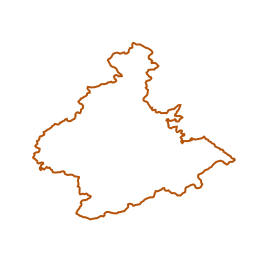 Juiz de Fora, Minas Gerais, Brazil (Equal Earth projection), rotated 259°
{"feature_id": "56859067B63389678931345", "entity_name": "Juiz de Fora", "entity_type": "district", "adm_level": 2, "iso_a3": "BRA", "parent_name": "Brazil", "parent_adm1": "Minas Gerais", "projection": "equal_earth", "projection_center": [-43.444, -21.76], "detail": "fine", "context": "isolated", "style": "outline", "palette": "amber", "viewbox_px": 256, "rotation_deg": 259, "n_neighbors": 0, "source": "geoboundaries", "source_scale": "gbopen_adm2", "svg_char_len": 5788}
<svg xmlns="http://www.w3.org/2000/svg" viewBox="0 0 256 256"><g transform="rotate(259 128 128)"><path d="M140.5,183.8L140.8,181.9L139.0,178.5L137.9,177.0L137.9,175.3L138.0,174.0L137.6,171.0L135.9,169.7L135.1,168.7L135.6,167.7L136.3,163.3L137.5,162.4L137.9,161.1L137.5,159.9L137.9,158.8L138.7,158.2L140.5,158.5L140.9,157.1L140.8,155.4L142.1,154.9L143.3,155.5L143.6,154.0L144.6,153.8L148.2,152.3L149.4,152.1L150.3,151.2L150.8,149.9L151.8,148.8L152.9,148.5L154.0,149.0L155.0,150.1L155.8,151.6L157.0,153.3L161.5,154.9L162.8,153.8L164.1,153.1L164.9,154.2L166.0,154.5L167.0,154.2L168.1,154.4L169.1,154.0L170.3,154.8L170.8,156.7L170.7,158.3L172.1,160.4L173.4,160.3L174.3,158.6L175.6,158.1L176.7,157.3L177.8,156.9L178.8,156.7L179.4,157.9L180.2,158.7L181.2,159.3L180.8,162.9L180.3,164.9L181.2,165.7L181.6,167.4L182.2,168.6L183.1,169.7L185.8,168.0L186.8,166.9L187.2,163.7L188.4,163.7L189.2,164.6L190.4,163.9L191.3,162.9L191.8,161.9L193.1,161.7L194.4,162.1L195.4,163.3L196.5,165.9L197.8,166.5L199.8,165.5L202.1,163.2L203.6,160.5L207.7,155.9L208.0,154.5L208.1,152.9L208.7,151.7L209.9,150.6L210.6,149.5L209.9,148.4L208.8,148.1L206.1,147.6L205.9,146.3L206.1,145.2L203.8,143.5L202.5,143.2L201.7,141.9L201.3,140.6L201.7,139.2L202.9,138.7L203.0,137.3L202.6,135.9L202.4,134.3L203.5,132.9L204.0,131.7L204.1,130.3L203.7,127.9L202.9,126.9L201.1,125.5L199.7,123.8L199.5,122.4L198.5,121.2L192.1,123.1L190.6,125.2L190.0,126.4L189.1,127.3L187.9,128.1L185.0,128.7L183.9,129.5L181.4,131.7L180.1,131.8L180.6,128.4L181.4,127.9L182.2,126.9L182.1,124.9L181.2,124.1L178.9,124.3L177.6,125.4L176.5,125.4L175.9,124.5L175.5,123.1L175.6,121.4L176.7,120.3L176.4,118.7L176.5,116.8L175.6,115.4L175.6,113.7L175.8,111.9L176.1,110.0L174.7,107.3L174.7,105.9L174.4,102.6L174.9,99.6L176.0,96.4L174.5,95.7L173.2,96.2L172.4,96.9L171.1,97.5L169.9,97.1L170.1,95.6L169.6,94.4L168.1,93.9L167.3,92.5L166.9,90.6L165.8,88.5L165.9,87.2L164.8,86.6L164.3,85.5L163.3,84.3L161.2,85.4L160.3,87.0L159.3,87.8L157.9,88.0L156.2,87.6L155.0,85.4L153.5,85.0L152.4,84.4L151.7,83.6L152.2,82.5L153.1,81.6L152.7,80.1L151.8,79.2L150.9,78.8L149.9,78.9L148.1,78.0L147.1,77.0L146.8,75.3L145.7,72.8L146.0,71.0L147.1,69.7L148.6,69.7L148.4,68.0L147.2,66.6L147.0,64.9L146.3,63.8L146.3,62.3L145.4,61.9L144.7,60.0L146.0,57.0L144.9,55.7L144.4,54.1L143.4,53.2L142.0,50.2L141.6,48.3L140.7,46.9L140.1,44.4L139.1,44.4L138.1,44.8L137.3,44.3L137.0,42.9L136.5,41.9L136.5,40.2L135.4,39.1L134.0,38.9L132.9,37.8L132.5,36.1L131.2,36.2L129.7,36.0L129.1,34.8L127.9,33.5L126.6,34.3L124.5,37.3L123.1,36.9L121.8,36.1L121.3,35.1L121.6,33.6L121.3,31.9L120.6,30.9L119.4,31.2L118.2,30.4L117.6,29.4L116.7,29.3L115.9,30.0L115.2,31.1L114.3,31.4L113.3,32.4L112.0,32.5L111.1,32.4L110.3,33.3L110.5,35.1L110.6,36.6L110.2,37.9L109.1,38.0L108.5,36.3L107.8,35.3L106.8,35.0L106.0,34.1L104.5,33.6L103.4,34.5L104.0,35.6L105.0,35.9L104.2,37.0L103.3,37.8L105.2,40.8L104.0,41.9L104.1,43.5L102.0,44.3L101.2,45.5L99.9,45.5L98.7,46.0L98.0,48.8L97.9,51.2L97.5,53.0L98.0,54.6L97.8,56.5L96.9,57.3L96.0,57.1L94.9,57.5L93.9,58.7L93.4,60.2L93.1,63.3L92.6,64.5L91.8,65.5L90.7,66.3L90.4,67.6L89.2,70.5L88.1,70.2L87.5,69.5L86.3,68.9L82.1,68.7L80.3,67.5L79.3,68.8L77.8,69.1L76.3,68.5L75.0,68.4L74.0,68.0L72.1,68.3L71.9,69.4L72.1,71.1L71.3,72.5L71.6,74.6L70.8,75.6L69.8,75.7L69.1,76.9L68.6,78.1L67.7,78.3L66.6,77.0L66.2,75.0L65.5,73.9L65.4,72.3L65.6,71.1L65.6,69.5L64.6,67.9L63.5,67.3L62.6,67.9L61.3,67.5L60.3,66.9L59.8,65.8L58.5,65.1L56.9,63.0L54.9,61.4L53.9,61.0L51.8,63.4L50.9,64.1L50.4,65.4L48.9,67.1L48.8,68.4L47.5,70.8L45.6,73.4L45.6,78.4L45.4,80.8L46.2,82.5L46.7,84.3L46.5,85.9L45.9,87.1L46.9,88.4L48.3,88.5L49.1,89.4L49.6,90.9L49.4,92.7L48.1,95.2L46.8,98.3L46.3,101.1L47.3,102.5L46.8,103.7L47.2,106.6L47.1,108.6L48.0,109.6L50.2,112.9L51.9,113.5L53.0,113.4L53.4,115.0L52.8,116.6L52.0,117.8L50.8,118.1L50.6,119.3L51.0,120.5L50.9,123.9L51.1,125.4L52.4,126.6L53.6,129.6L54.4,130.4L54.8,131.5L55.2,133.0L55.8,136.6L55.2,138.5L55.7,140.3L58.9,141.9L60.8,143.2L60.3,144.5L60.4,146.1L60.8,147.3L61.1,149.0L62.1,150.3L62.1,152.1L61.0,152.1L59.7,152.6L59.0,153.8L59.0,156.0L57.6,156.8L55.6,158.6L55.4,160.6L54.8,161.8L53.9,162.7L52.5,163.5L51.7,166.7L53.5,169.3L54.1,171.7L55.7,172.4L57.0,172.6L58.1,173.2L58.8,174.3L58.9,175.8L59.5,177.3L59.9,178.8L60.1,180.1L60.0,181.8L58.9,182.6L58.0,182.9L56.8,182.9L55.8,184.0L55.5,186.0L56.0,188.1L58.7,190.2L60.0,189.5L62.8,189.6L64.7,188.1L66.1,187.4L68.5,188.0L69.1,189.7L69.4,191.6L70.2,193.3L71.9,195.6L72.2,198.3L72.8,199.6L73.5,200.8L73.8,202.4L76.0,204.9L77.9,208.2L78.3,212.5L76.7,215.2L75.8,215.3L74.9,216.5L74.0,217.1L73.2,218.3L73.9,219.8L74.9,220.4L75.3,221.8L74.9,223.5L75.1,224.8L75.7,225.8L76.3,226.7L77.5,226.5L77.9,224.9L79.1,223.7L80.3,223.6L81.2,222.4L82.1,222.0L82.5,221.0L84.2,219.8L84.8,218.9L85.7,218.2L86.5,217.2L87.6,217.3L88.6,216.7L89.5,214.2L90.4,214.1L93.1,210.2L94.1,209.8L95.2,209.8L96.1,209.0L97.1,207.4L98.6,206.5L99.3,205.3L100.0,204.5L101.2,204.4L102.5,202.1L103.9,201.7L105.0,201.0L104.2,199.5L103.8,197.8L103.8,191.7L105.8,188.5L104.9,187.2L104.0,187.9L103.7,185.9L103.8,183.7L104.6,180.0L103.3,179.2L102.8,178.3L103.7,177.8L104.9,177.7L106.7,179.0L107.5,178.3L108.7,177.9L109.7,179.2L109.8,180.4L110.0,181.8L111.3,182.0L111.4,180.8L112.1,179.8L113.0,179.1L113.8,179.9L115.0,180.4L115.7,178.9L114.7,176.6L114.6,175.3L115.9,174.8L117.0,175.0L120.0,176.2L120.2,174.4L120.2,172.2L119.5,170.4L120.3,168.7L121.8,167.9L123.1,168.5L124.4,168.1L125.7,168.4L127.0,168.0L128.2,167.2L129.1,168.0L129.0,169.2L127.7,169.5L126.9,170.7L127.0,174.3L127.7,175.8L126.8,176.5L125.5,176.4L124.8,178.0L125.0,179.2L127.1,180.9L127.3,182.4L127.9,183.4L128.8,182.8L129.6,181.8L130.2,180.3L130.3,178.6L131.1,176.5L132.4,177.0L133.0,178.0L133.7,178.7L134.8,179.1L135.4,180.3L137.5,182.1L139.0,183.0L140.5,183.8Z" fill="none" stroke="#b45309" stroke-width="2"/></g></svg>